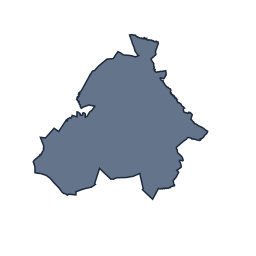 Chapa de Mota, México, Mexico (Robinson projection), rotated 301°
{"feature_id": "50627088B57428074978837", "entity_name": "Chapa de Mota", "entity_type": "district", "adm_level": 2, "iso_a3": "MEX", "parent_name": "Mexico", "parent_adm1": "México", "projection": "robinson", "projection_center": [-99.535, 19.819], "detail": "fine", "context": "isolated", "style": "filled", "palette": "slate", "viewbox_px": 256, "rotation_deg": 301, "n_neighbors": 0, "source": "geoboundaries", "source_scale": "gbopen_adm2", "svg_char_len": 5725}
<svg xmlns="http://www.w3.org/2000/svg" viewBox="0 0 256 256"><g transform="rotate(301 128 128)"><path d="M208.6,81.4L208.1,81.9L206.3,84.2L203.9,87.1L202.8,88.2L200.3,91.6L198.3,93.6L197.4,94.8L196.8,96.0L195.9,98.1L195.5,99.8L194.8,99.3L194.5,99.2L193.3,98.0L192.8,97.9L192.1,94.9L191.7,93.5L189.8,89.4L188.6,87.3L188.3,86.2L188.5,83.3L188.3,80.1L187.0,80.0L184.4,79.7L183.5,79.8L182.5,79.6L181.9,79.8L179.8,79.5L178.2,77.3L176.3,74.5L165.7,70.8L160.3,69.8L159.7,69.4L158.3,68.2L155.3,68.2L154.6,68.4L154.4,68.0L149.5,68.3L148.1,68.3L142.4,68.6L136.3,68.8L135.3,68.7L133.5,68.1L133.6,68.3L132.6,69.1L131.9,69.0L131.8,68.1L131.4,68.1L131.2,68.9L130.9,68.9L130.7,68.8L130.5,69.2L129.9,69.6L128.9,68.6L128.3,69.4L127.9,69.0L127.7,69.0L127.3,68.7L126.5,69.6L126.1,69.4L125.6,70.4L125.6,70.9L125.7,71.2L125.5,71.3L125.5,71.9L125.0,72.0L125.2,72.4L124.6,72.5L124.5,73.2L124.1,73.5L123.3,74.0L123.4,74.9L122.5,75.4L121.9,76.3L121.7,76.2L120.8,77.8L122.7,78.7L127.1,82.2L127.6,82.8L129.6,88.3L124.5,88.0L122.1,86.9L119.5,86.9L117.2,87.0L115.3,85.9L116.7,84.9L118.1,84.2L118.3,83.6L118.3,83.1L118.1,81.9L117.9,81.7L117.3,81.6L116.8,81.8L116.2,81.9L115.9,82.2L115.5,82.3L115.3,82.0L115.0,81.7L114.7,81.4L114.6,81.0L114.7,80.4L114.9,80.2L115.7,79.5L115.7,79.2L115.7,78.5L116.0,77.1L115.5,76.0L111.3,78.4L110.1,73.7L109.5,74.0L108.7,73.9L108.0,74.0L107.9,73.9L107.0,74.0L107.0,73.4L106.7,72.8L106.1,72.6L105.1,71.7L104.8,71.6L104.6,71.6L104.0,71.9L103.7,72.0L102.9,72.3L102.5,72.2L102.4,72.1L102.6,72.0L103.1,71.4L103.2,71.0L89.3,70.4L89.7,64.8L77.0,62.4L74.9,57.7L70.0,64.0L68.8,65.4L68.4,65.4L67.2,66.0L66.9,66.0L66.6,66.2L66.5,66.5L65.7,67.0L63.9,66.9L62.0,67.0L60.4,67.3L60.1,67.2L60.1,66.6L59.9,66.6L59.8,66.3L59.1,66.3L59.0,66.5L58.7,66.7L57.8,66.3L57.1,65.9L55.9,65.6L54.8,65.1L51.8,64.2L50.2,64.2L49.5,65.1L48.0,66.8L47.0,68.1L41.8,71.3L43.0,74.6L44.1,76.8L44.8,80.4L45.3,81.8L44.8,87.3L43.1,92.2L40.9,100.5L40.7,100.5L39.0,104.9L38.8,106.8L39.4,108.0L39.3,110.2L39.2,110.7L39.2,110.8L40.6,111.1L42.8,115.6L43.8,117.8L46.7,116.3L49.4,118.5L50.5,119.3L54.7,123.1L58.4,127.1L62.9,129.1L63.3,128.0L78.7,124.4L75.3,139.7L76.2,140.8L76.4,141.8L77.5,142.4L78.8,143.3L79.6,144.1L84.9,152.3L89.4,157.4L95.1,161.5L83.8,172.3L82.6,172.1L79.6,185.8L91.8,185.2L91.9,185.9L92.5,187.1L93.2,188.1L93.7,188.3L93.7,189.0L94.5,189.3L94.6,190.3L95.0,190.3L95.5,191.1L96.2,191.7L96.1,191.9L96.4,192.3L97.4,193.9L98.6,194.4L98.8,194.6L98.9,195.1L99.5,194.9L99.6,195.0L99.9,195.0L102.4,197.6L102.8,197.2L102.9,197.3L103.3,197.0L103.2,196.3L106.2,193.9L110.8,194.6L116.2,194.2L116.9,191.6L117.7,192.1L119.2,192.7L121.4,193.7L122.0,193.7L122.7,193.2L123.6,192.5L125.2,190.7L126.0,189.2L126.5,188.9L126.8,188.9L127.0,189.1L127.4,189.7L128.0,191.8L128.7,191.9L129.6,191.1L130.7,189.7L131.2,188.6L131.5,187.6L132.3,183.5L133.3,182.4L134.7,181.4L135.1,180.4L136.4,179.4L136.6,179.5L144.3,182.0L148.8,183.9L149.5,183.9L150.3,184.1L150.7,184.3L151.4,185.7L151.8,187.1L151.8,187.6L151.5,188.3L151.5,188.6L152.5,190.2L153.0,192.0L153.3,193.4L154.1,195.7L154.6,196.2L154.9,196.3L155.4,196.4L155.5,196.3L156.0,195.5L156.5,196.4L158.3,197.3L158.7,197.3L159.0,197.5L160.9,197.4L161.5,197.5L163.7,198.3L165.9,198.2L166.2,197.9L166.3,197.5L166.1,196.8L166.2,195.7L166.4,194.2L166.6,193.0L166.7,191.3L166.2,187.1L166.4,184.9L166.0,182.5L166.5,182.0L167.0,181.1L166.9,180.6L167.1,179.9L167.6,178.9L167.7,177.7L167.8,177.4L170.3,176.7L172.4,176.3L172.8,175.3L173.2,173.8L173.2,172.9L172.8,172.1L172.1,172.6L171.9,172.1L171.8,171.6L171.1,171.4L171.0,170.9L171.1,169.9L170.9,169.6L170.5,168.0L170.6,167.5L171.0,167.1L171.3,166.8L171.7,166.2L171.9,166.0L172.7,165.8L173.3,165.8L174.1,166.2L174.3,165.1L174.6,164.6L174.7,164.1L174.5,163.5L174.7,163.0L175.4,161.8L175.5,161.2L175.9,160.8L175.9,159.3L176.0,158.4L175.5,158.1L175.5,157.8L176.6,155.8L177.1,155.5L177.6,155.6L178.1,154.6L178.3,154.1L177.9,154.0L177.7,153.6L177.9,152.9L177.9,152.3L178.2,152.0L178.7,152.3L178.9,151.4L179.2,151.0L179.3,150.9L178.8,150.4L178.7,149.8L178.9,149.6L179.5,149.6L179.6,149.4L179.5,149.1L179.0,149.0L179.0,148.8L179.6,148.0L179.6,147.9L179.4,147.7L179.7,147.5L179.5,147.4L179.6,147.0L179.8,146.9L180.0,146.9L180.0,146.4L180.2,146.2L180.6,146.3L180.8,145.7L181.2,145.6L182.4,145.4L183.3,144.0L183.1,142.8L183.1,142.1L183.4,141.5L183.5,141.0L183.1,140.2L183.1,139.9L183.7,138.8L184.1,137.2L185.1,135.8L185.1,135.1L185.3,134.7L186.5,133.9L186.2,133.4L186.2,133.0L186.0,132.4L186.0,132.2L186.1,131.8L186.3,131.4L186.5,130.9L186.8,130.6L187.0,130.0L187.4,129.8L188.1,130.6L188.3,132.7L188.5,133.1L188.8,133.3L193.0,133.4L194.0,132.8L195.4,131.8L196.5,130.8L194.1,128.1L193.4,126.9L190.9,124.1L190.6,123.9L190.3,122.4L190.7,121.3L191.0,121.0L191.8,121.3L192.1,121.2L191.9,120.0L192.0,119.5L192.3,119.4L193.1,119.4L193.5,119.3L194.1,118.6L195.2,117.5L196.4,117.0L196.7,116.6L197.1,115.4L198.1,113.5L198.4,112.8L198.6,112.5L199.0,112.3L199.3,112.2L201.4,113.0L204.3,113.8L204.8,114.1L205.8,113.9L206.0,113.3L206.4,113.0L207.4,112.5L207.6,112.1L212.1,111.3L212.3,111.1L212.9,111.0L214.4,110.7L215.4,110.7L216.4,110.1L217.2,109.5L216.8,108.4L216.6,108.2L216.9,107.9L216.9,107.4L215.8,106.8L215.5,105.1L215.8,105.0L215.8,104.7L215.5,103.8L215.2,103.3L215.3,103.0L215.3,102.8L215.2,102.8L215.0,102.7L215.1,102.4L214.2,100.3L213.9,100.0L213.7,100.0L213.6,99.2L213.5,98.6L214.1,98.1L213.3,98.1L213.2,97.9L213.5,97.0L213.4,96.9L213.1,97.1L213.0,96.9L213.1,96.7L213.9,96.1L214.0,95.8L213.9,95.4L213.4,95.2L212.7,95.3L212.4,95.2L212.3,94.9L212.5,94.7L212.0,94.1L212.1,93.2L211.2,92.0L211.3,91.2L210.9,90.4L211.1,89.2L210.6,88.4L210.8,87.6L211.2,87.3L211.3,87.0L211.3,86.4L210.7,85.1L210.2,85.0L210.1,84.2L210.1,83.2L209.1,82.1L208.6,81.4Z" fill="#64748b" stroke="#1e293b" stroke-width="1.5"/></g></svg>